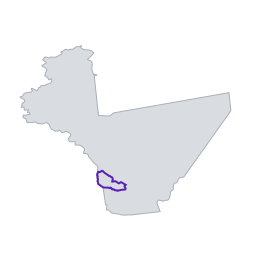 Ansongo, Gao, Mali shown in context, rotated 84°
{"feature_id": "8926073B56917716124995", "entity_name": "Ansongo", "entity_type": "district", "adm_level": 2, "iso_a3": "MLI", "parent_name": "Mali", "parent_adm1": "Gao", "projection": "equal_earth", "projection_center": [1.009, 15.923], "detail": "fine", "context": "in_parent", "style": "outline", "palette": "violet", "viewbox_px": 256, "rotation_deg": 84, "n_neighbors": 0, "source": "geoboundaries", "source_scale": "gbopen_adm2", "svg_char_len": 5294}
<svg xmlns="http://www.w3.org/2000/svg" viewBox="0 0 256 256"><g transform="rotate(84 128 128)"><path d="M50.0,199.9L50.0,198.8L49.4,198.1L49.3,197.7L49.8,194.6L49.8,193.8L50.1,192.3L49.6,191.6L49.5,191.0L48.5,189.0L48.1,187.3L47.6,186.2L46.3,185.8L45.8,186.8L45.5,186.9L45.0,186.3L44.9,185.7L44.9,185.1L43.3,182.4L43.4,181.0L44.0,180.2L44.3,179.0L43.7,177.6L43.8,176.2L43.8,174.3L42.8,172.7L42.2,171.9L41.7,170.7L42.1,168.1L41.2,165.8L43.0,166.7L43.9,165.8L44.8,164.7L45.6,163.1L45.9,161.2L46.1,159.6L46.9,157.1L47.8,155.8L49.6,154.1L50.1,154.2L53.1,158.0L54.7,159.9L55.3,160.9L55.9,161.0L56.8,159.1L57.7,157.5L58.0,157.1L61.0,156.9L62.6,157.2L64.0,157.7L66.0,157.8L71.2,156.6L71.3,155.8L71.2,155.0L71.4,154.3L71.9,153.6L72.2,153.5L72.4,155.6L72.8,156.0L74.0,156.1L112.5,156.1L114.2,145.0L111.5,140.9L103.4,23.9L121.5,23.9L124.6,26.5L182.4,77.5L182.7,79.2L182.7,81.5L183.1,82.2L183.9,82.9L187.3,85.1L187.5,85.5L187.6,86.5L188.0,87.6L188.7,88.2L189.6,88.7L190.6,89.1L193.6,89.4L194.2,89.9L195.5,92.0L196.2,92.4L200.3,93.5L201.6,94.0L203.1,94.9L203.8,95.8L203.8,99.0L204.4,101.1L204.4,101.6L203.7,102.4L203.6,103.1L202.9,104.7L203.0,105.4L204.4,106.6L205.1,107.0L205.9,107.0L214.5,104.8L214.8,134.9L214.5,135.4L214.3,140.8L213.7,143.9L212.6,146.2L211.9,149.7L211.4,150.4L211.1,152.4L210.5,153.6L209.4,154.0L207.4,156.3L207.3,158.0L202.6,157.0L202.3,157.1L202.1,157.3L202.0,158.3L190.0,158.8L184.1,159.2L180.4,163.3L178.0,163.7L175.0,163.4L173.4,163.4L172.8,163.6L172.7,164.3L167.9,162.2L166.2,162.9L165.9,162.7L165.6,162.2L164.8,162.0L163.4,162.1L162.4,162.4L159.4,165.6L157.7,166.5L154.7,168.4L152.6,170.0L151.8,170.4L150.6,170.4L149.6,170.8L148.7,174.5L148.1,174.9L144.5,173.4L143.8,173.6L143.2,174.0L141.1,176.2L140.1,177.9L139.5,180.3L139.6,181.8L139.3,182.2L138.3,182.4L136.7,181.9L136.1,182.1L135.9,183.2L135.9,185.7L135.5,187.4L134.5,188.0L133.7,188.6L133.1,188.8L132.6,188.7L129.7,186.1L128.7,185.7L127.6,186.0L126.6,187.1L124.7,189.7L124.9,190.7L125.4,191.8L125.7,193.1L125.7,194.4L123.0,196.1L123.6,197.4L123.5,200.9L122.3,202.4L121.8,203.5L120.6,204.6L119.6,205.2L116.3,206.1L115.0,207.2L114.4,208.1L114.2,209.1L114.3,210.2L115.0,212.5L114.7,214.5L114.2,217.0L113.7,218.1L112.2,219.3L112.4,220.9L112.5,223.2L112.2,226.1L111.7,228.1L111.4,227.9L109.9,228.0L108.3,228.6L107.8,229.1L107.7,229.8L106.3,231.4L105.4,231.3L104.6,230.9L104.1,230.4L104.1,230.2L104.6,228.9L104.7,228.5L104.2,226.2L104.3,225.7L104.1,223.9L102.2,224.6L102.1,224.9L102.4,226.0L102.2,226.2L101.6,226.2L100.7,225.8L99.8,224.8L99.5,225.1L99.4,225.9L99.4,226.9L99.6,228.6L99.3,229.2L97.8,229.1L96.6,229.3L96.3,229.9L96.1,230.6L96.4,231.3L96.4,231.7L95.9,232.1L95.6,232.1L94.9,231.3L92.2,230.5L92.0,229.3L91.7,229.3L90.8,227.9L90.4,227.9L90.1,228.2L89.1,228.1L88.1,229.3L87.4,230.8L86.7,231.5L85.5,231.9L85.7,230.9L85.4,229.6L83.0,227.9L82.7,227.2L82.1,223.5L82.1,222.4L82.3,221.4L82.2,220.6L82.0,220.0L81.3,219.5L80.5,219.2L79.6,220.0L79.1,220.1L78.7,220.0L78.5,219.8L78.5,219.4L79.6,217.4L80.1,216.5L81.1,215.6L81.4,215.1L81.4,214.7L81.3,214.4L80.6,214.0L79.6,213.1L79.1,213.0L78.6,212.6L78.1,211.1L77.9,210.8L77.4,210.7L77.0,210.3L77.0,206.8L76.1,204.1L75.2,200.7L74.8,199.9L74.0,199.3L73.0,198.8L72.1,198.7L71.0,199.0L71.1,199.4L71.6,200.4L71.7,201.0L71.6,201.6L71.4,202.0L70.0,202.4L68.2,203.6L67.6,205.1L67.2,205.2L66.5,205.1L61.7,202.6L59.7,203.7L58.3,205.8L58.0,206.5L57.4,207.1L57.0,207.1L56.7,206.7L55.3,203.5L54.7,202.7L54.0,202.7L53.3,203.2L52.6,204.3L51.8,205.3L51.2,205.6L50.8,205.4L48.8,203.3L48.7,202.8L49.6,200.3L50.0,199.9Z" fill="#d9dde1" stroke="#a8b0b8" stroke-width="1"/><path d="M184.3,136.2L181.3,140.3L181.1,140.9L182.0,142.4L182.1,142.9L181.9,143.3L179.9,145.6L179.6,146.2L179.6,147.1L179.7,149.3L179.4,149.4L178.1,148.7L177.0,148.5L175.6,148.8L173.9,151.3L173.7,151.3L173.6,151.6L173.7,151.8L173.6,152.1L173.3,152.3L173.1,152.5L170.0,156.1L168.0,157.8L167.9,158.8L168.7,160.0L168.9,160.9L168.5,162.3L168.8,162.5L169.1,162.6L169.3,162.7L169.5,162.8L169.9,163.0L170.1,163.0L170.3,163.2L170.7,163.3L170.9,163.4L170.9,163.5L171.1,163.5L171.4,163.5L171.7,163.5L172.0,163.5L172.1,163.4L172.3,163.4L172.5,163.3L172.8,163.2L173.0,163.2L173.3,163.3L173.7,163.4L173.9,163.5L174.1,163.5L174.3,163.6L174.5,163.6L174.8,163.6L175.6,163.3L175.9,163.2L176.0,163.2L176.4,163.3L176.5,163.3L176.7,163.5L176.8,163.6L177.1,163.7L177.4,163.8L177.6,163.9L177.8,163.9L178.0,163.8L178.2,163.7L178.3,163.7L178.5,163.7L178.8,163.6L179.2,163.6L179.4,163.6L179.6,163.6L179.9,163.5L180.2,163.5L180.3,163.5L180.5,163.4L180.8,163.2L181.0,163.0L181.3,162.6L181.6,162.3L181.9,161.9L182.3,161.5L182.6,161.2L182.9,160.8L183.2,160.4L183.5,160.1L183.8,159.7L184.1,159.3L184.2,159.2L184.7,158.3L185.1,154.7L185.9,151.8L185.7,151.7L185.8,151.6L185.9,151.4L185.9,151.2L186.0,151.2L186.3,151.0L186.3,150.9L186.5,150.8L186.6,150.7L186.8,150.4L187.0,150.2L187.3,150.1L187.3,149.9L187.2,149.8L187.3,149.7L187.2,149.6L187.3,149.5L187.4,149.2L187.5,148.9L187.5,148.7L187.7,148.4L187.8,148.1L188.0,148.0L188.1,147.9L188.2,147.7L188.3,147.7L188.5,147.6L188.6,147.3L188.6,147.2L188.6,146.9L188.6,146.7L188.7,146.3L188.8,146.2L188.9,145.8L189.0,145.7L189.0,145.4L189.0,145.2L189.0,144.9L189.0,144.7L189.3,144.6L188.8,141.0L188.9,137.5L188.5,136.9L188.0,136.7L185.5,137.6L184.3,136.2Z" fill="none" stroke="#5b21b6" stroke-width="2"/></g></svg>